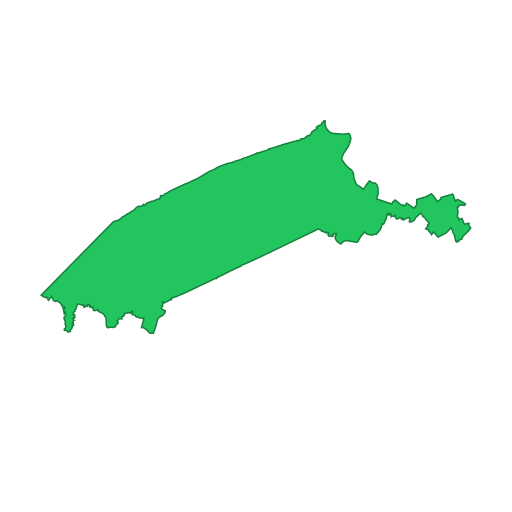 Amphawa, Samut Songkhram, Thailand, rotated 51°
{"feature_id": "78962969B68169586280131", "entity_name": "Amphawa", "entity_type": "district", "adm_level": 2, "iso_a3": "THA", "parent_name": "Thailand", "parent_adm1": "Samut Songkhram", "projection": "robinson", "projection_center": [99.924, 13.363], "detail": "fine", "context": "isolated", "style": "filled", "palette": "green", "viewbox_px": 512, "rotation_deg": 51, "n_neighbors": 0, "source": "geoboundaries", "source_scale": "gbopen_adm2", "svg_char_len": 6120}
<svg xmlns="http://www.w3.org/2000/svg" viewBox="0 0 512 512"><g transform="rotate(51 256 256)"><path d="M369.1,71.4L366.6,71.6L364.6,69.9L362.3,74.1L356.5,72.3L355.7,75.4L354.4,74.6L352.5,75.0L348.9,71.4L346.6,69.9L344.6,69.2L345.4,67.6L344.1,66.2L348.0,62.0L347.2,60.4L339.3,63.5L338.8,64.2L339.0,66.1L338.6,66.5L337.6,66.0L335.7,65.6L333.0,64.3L331.6,64.3L326.9,75.4L328.1,76.4L327.8,80.7L320.2,80.3L318.0,80.5L317.0,86.4L313.3,95.5L317.4,99.1L318.4,103.1L309.8,105.6L310.6,109.2L308.6,109.7L308.2,110.9L300.0,112.6L300.1,115.7L300.9,117.8L287.6,126.3L287.0,126.3L286.8,125.3L286.3,125.0L285.6,123.3L284.3,121.7L279.7,118.3L277.5,117.4L274.5,117.3L272.6,119.5L269.0,120.5L270.2,125.6L271.9,130.8L268.6,131.2L264.5,132.8L262.5,132.7L257.8,131.2L252.8,128.2L250.3,127.7L249.0,127.7L246.0,128.5L241.7,129.1L236.0,128.7L234.6,128.4L233.5,127.2L231.6,123.9L228.9,115.1L226.4,110.8L224.1,108.1L220.8,106.7L219.7,106.7L218.8,107.2L216.7,110.9L213.4,114.6L209.1,119.1L206.5,120.6L204.8,121.0L200.9,121.0L197.1,119.5L194.5,117.2L193.7,118.3L194.3,119.7L194.0,121.2L194.8,122.0L195.0,122.8L194.9,123.7L194.1,125.0L193.9,127.6L194.0,128.1L195.1,128.5L195.3,129.4L194.7,133.1L194.8,135.1L195.4,135.5L195.7,136.2L195.9,138.7L194.8,140.9L195.1,144.4L194.6,145.5L193.9,146.0L193.2,147.9L193.7,148.3L193.6,149.2L192.0,151.8L191.9,152.8L190.6,154.9L187.7,162.0L186.9,163.2L186.8,164.5L186.0,165.4L185.8,167.0L184.7,169.3L183.4,173.2L182.9,173.8L181.8,177.0L181.3,177.3L181.3,178.0L180.8,178.6L181.1,179.8L177.4,189.3L176.9,189.5L176.6,190.4L176.5,191.9L175.9,192.9L176.2,193.5L175.1,195.8L175.0,196.6L174.6,197.1L174.6,198.1L173.9,199.5L173.5,201.3L172.1,204.1L171.5,207.2L169.2,212.6L168.3,215.8L166.4,219.3L164.2,225.5L162.9,230.3L162.1,235.4L161.0,238.5L159.0,252.3L157.3,258.9L156.5,262.9L155.5,265.5L151.4,282.0L151.0,285.8L150.4,287.7L150.6,290.0L150.3,290.9L149.1,291.9L149.2,292.4L150.3,293.6L150.8,295.4L149.8,296.8L149.1,300.0L148.7,300.5L148.6,301.8L147.7,302.8L147.1,305.2L146.4,306.4L146.3,309.3L146.5,310.1L145.8,310.8L145.0,311.0L145.3,312.6L145.1,314.0L143.4,316.0L143.1,318.8L143.6,323.5L142.8,324.8L143.0,327.0L142.1,330.5L142.4,331.5L141.6,335.3L141.8,336.7L141.5,340.9L140.5,342.6L140.1,343.8L140.0,345.1L139.6,345.3L151.2,447.6L154.3,446.7L154.6,446.2L155.8,445.8L156.4,444.5L159.8,445.2L158.9,440.3L162.2,441.0L163.1,441.5L165.4,440.2L165.4,439.1L167.1,438.3L169.9,437.6L170.8,437.8L171.9,437.6L172.5,438.3L173.9,438.3L175.1,436.8L175.5,437.2L176.5,437.3L176.3,437.8L175.4,438.6L175.7,439.2L176.6,439.1L177.9,440.3L179.9,439.4L179.9,440.3L179.4,440.7L179.4,441.2L180.2,441.5L181.9,440.8L182.9,442.4L182.7,443.4L182.9,443.9L184.5,444.8L187.0,445.5L189.5,447.6L190.4,447.5L191.1,447.9L192.1,449.8L192.1,450.8L192.8,451.6L193.3,451.6L194.6,450.0L195.3,449.8L196.5,450.2L197.7,448.4L197.8,447.8L197.1,447.7L196.8,447.2L196.5,446.5L196.6,445.4L195.6,443.3L194.3,442.5L194.8,441.6L194.1,441.7L193.8,440.5L192.7,440.8L193.0,440.1L192.0,439.7L191.7,438.8L191.2,438.6L191.4,437.9L190.6,438.4L189.2,437.6L189.5,437.0L189.3,436.5L189.9,436.1L189.4,434.9L188.1,434.6L187.7,434.9L187.4,434.2L187.1,434.7L185.8,434.6L185.4,433.3L184.9,432.8L184.8,431.2L184.2,430.7L184.0,429.5L181.1,425.2L182.6,423.1L184.9,422.1L185.0,421.1L186.3,420.9L187.1,421.9L188.0,421.5L188.0,421.0L187.3,420.4L188.0,419.5L187.9,418.2L188.7,418.7L189.0,418.6L188.2,417.0L188.4,416.4L189.9,416.0L190.4,417.2L191.1,417.3L191.9,416.3L193.0,416.0L192.9,415.1L193.3,414.8L195.6,416.4L196.2,416.5L197.4,415.1L198.1,412.9L198.9,413.3L200.1,413.2L204.1,411.3L206.1,411.1L209.9,411.6L216.3,416.3L217.7,416.6L218.7,416.1L220.0,413.4L220.4,412.9L221.2,412.6L222.5,409.9L221.5,407.8L221.4,405.5L220.0,404.5L219.0,404.9L218.7,404.6L218.9,403.6L218.5,402.0L220.5,399.8L218.8,398.6L219.5,397.0L218.9,395.9L218.8,395.0L217.9,394.7L218.9,392.2L219.4,392.0L219.7,391.5L219.7,390.9L220.1,390.1L221.2,389.9L221.4,388.5L220.9,387.0L221.9,386.8L222.2,388.1L223.6,389.1L224.7,387.9L226.3,387.4L228.0,387.4L229.7,386.1L230.7,385.7L231.8,384.2L232.9,383.6L233.5,382.2L235.4,384.3L239.6,390.0L241.0,388.5L243.8,387.6L249.0,387.1L249.5,386.4L250.4,385.9L251.4,384.3L247.1,377.4L243.3,372.4L242.7,369.9L243.4,366.2L242.9,362.9L242.2,361.6L241.5,360.9L240.8,361.5L239.9,361.6L239.4,362.4L237.4,362.5L236.1,361.1L236.2,360.3L235.6,360.3L235.3,359.3L233.7,357.9L232.9,357.7L233.8,356.9L234.1,357.4L234.4,357.4L234.9,356.3L234.9,355.3L235.4,354.0L236.2,349.7L236.7,349.2L236.4,349.0L236.0,349.3L236.0,348.7L235.5,348.4L237.7,342.5L238.6,338.6L239.1,337.8L247.6,302.7L248.0,301.6L248.7,300.9L248.2,299.3L248.6,298.6L251.6,284.9L254.5,273.5L254.0,272.7L254.9,270.5L255.9,267.2L260.6,248.2L273.7,192.8L273.9,190.8L276.3,189.4L278.3,189.3L279.2,188.3L280.5,187.9L281.1,187.1L282.4,187.0L282.7,185.3L283.3,185.4L284.0,185.1L284.6,186.4L285.1,186.8L286.2,186.9L287.2,186.3L287.6,184.9L288.6,184.8L288.9,183.8L288.8,183.2L287.7,182.6L287.4,182.1L288.1,181.3L288.4,180.2L289.3,179.3L290.7,182.2L291.5,182.9L293.1,183.6L294.9,183.8L296.6,183.6L300.1,182.6L299.7,178.8L300.6,176.3L309.0,168.9L308.9,167.6L307.0,163.1L305.7,156.3L308.8,156.0L311.3,154.0L312.8,152.7L313.5,150.7L314.8,148.8L313.7,142.6L310.5,137.7L310.6,137.3L311.5,137.0L311.5,136.6L308.7,130.9L307.0,129.3L307.2,128.5L306.1,127.6L306.2,126.1L306.7,125.9L307.1,126.6L307.9,126.8L308.3,126.2L308.0,125.6L308.1,124.8L310.6,126.3L310.8,125.1L312.0,123.6L312.3,122.3L313.3,123.2L315.6,123.5L315.9,122.7L316.6,122.2L316.3,120.7L317.5,119.4L318.5,119.6L318.9,118.6L319.6,119.4L319.9,118.5L321.0,118.5L321.0,116.3L321.5,115.6L321.9,113.7L322.5,113.4L322.6,112.8L324.6,113.2L325.3,114.9L326.1,115.3L326.7,114.9L327.3,113.2L327.8,112.6L327.5,110.7L327.7,109.8L327.0,108.8L326.6,107.5L326.3,101.3L328.8,100.9L330.4,101.6L332.0,100.7L335.0,101.0L339.4,100.7L339.9,103.2L340.8,103.1L341.7,107.1L344.2,105.6L345.6,106.1L348.1,105.8L350.0,106.1L349.0,102.8L355.9,102.7L357.7,94.2L357.4,90.1L356.7,86.9L360.0,87.2L361.6,88.2L364.0,88.4L370.1,91.4L371.5,91.3L371.3,89.9L372.2,89.4L371.5,88.0L371.8,87.6L371.7,86.5L372.2,86.1L372.4,85.5L371.0,82.8L370.2,74.7L369.6,72.0L369.1,71.4Z" fill="#22c55e" stroke="#15803d" stroke-width="1.5"/></g></svg>